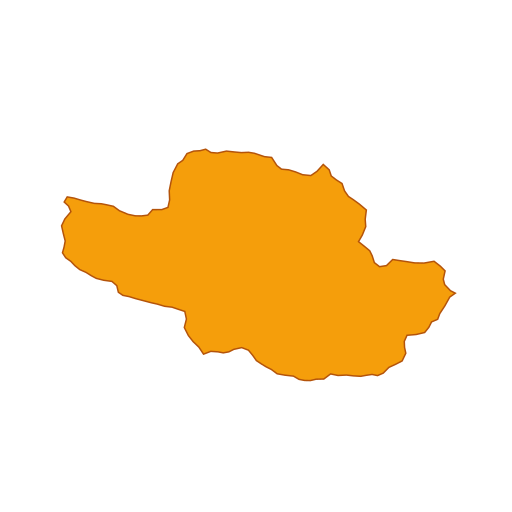 outline of Alagoa, Minas Gerais, Brazil, rotated 24°
{"feature_id": "56859067B6627206696015", "entity_name": "Alagoa", "entity_type": "district", "adm_level": 2, "iso_a3": "BRA", "parent_name": "Brazil", "parent_adm1": "Minas Gerais", "projection": "mercator", "projection_center": [-44.664, -22.183], "detail": "fine", "context": "isolated", "style": "filled", "palette": "amber", "viewbox_px": 512, "rotation_deg": 24, "n_neighbors": 0, "source": "geoboundaries", "source_scale": "gbopen_adm2", "svg_char_len": 2011}
<svg xmlns="http://www.w3.org/2000/svg" viewBox="0 0 512 512"><g transform="rotate(24 256 256)"><path d="M230.2,159.6L223.3,161.8L212.8,162.8L207.0,164.3L200.6,167.5L194.1,169.7L186.3,172.2L179.0,177.6L172.7,179.8L166.6,178.9L162.0,182.6L156.4,185.5L151.3,190.5L150.2,198.4L147.0,203.6L146.4,213.5L148.2,222.8L150.2,231.7L154.3,239.9L155.8,247.4L151.1,251.9L142.7,255.7L140.5,262.7L135.0,266.0L129.4,268.4L122.1,270.0L112.8,270.2L105.5,268.6L98.6,270.0L93.4,271.2L86.9,273.7L78.8,275.3L73.2,276.2L66.3,277.1L59.5,278.8L58.8,284.7L64.4,286.6L68.9,290.8L66.3,299.9L66.1,307.5L70.8,313.8L75.6,319.9L77.0,325.8L77.9,331.8L82.9,335.0L89.0,336.2L94.5,338.5L100.5,340.1L107.2,340.1L113.6,341.0L119.2,341.4L126.8,340.1L134.7,337.8L140.9,339.7L145.0,345.1L150.4,346.1L156.6,344.7L163.3,343.9L171.3,342.6L179.4,341.3L185.3,340.1L193.0,339.1L200.1,336.9L207.6,336.2L213.5,335.6L218.1,341.9L219.6,350.5L226.6,356.2L233.4,359.8L240.9,362.5L248.0,367.0L253.5,361.5L260.3,359.0L265.5,357.8L270.2,354.6L273.7,350.3L280.2,345.5L287.4,345.1L293.4,348.1L298.9,351.4L304.8,352.4L310.1,353.1L316.2,353.4L323.2,355.0L330.9,353.1L339.1,350.5L345.5,351.2L351.1,349.9L356.3,347.7L361.0,344.1L368.0,340.8L372.1,333.4L379.5,331.8L387.0,328.0L393.7,325.9L400.6,323.3L405.3,320.1L410.2,317.0L415.7,315.8L419.9,311.2L422.7,303.7L427.7,298.0L432.2,292.4L432.4,283.9L428.9,279.1L426.2,273.7L426.2,267.0L434.2,262.6L441.2,257.3L442.9,250.9L443.2,244.8L447.7,239.9L447.3,233.9L448.8,224.8L449.7,214.7L453.2,208.9L447.7,208.6L440.0,205.4L436.5,201.0L434.8,192.7L428.5,190.3L420.8,188.4L412.4,194.1L403.7,197.8L395.4,200.0L388.3,202.0L382.3,203.6L379.1,211.7L373.2,215.5L366.8,213.9L362.1,208.6L357.8,205.0L352.2,203.4L343.8,201.2L344.6,193.7L344.3,184.5L340.8,178.0L338.1,169.1L329.1,166.5L322.1,165.0L316.2,164.0L310.4,160.5L305.1,154.8L298.4,153.8L292.2,152.3L287.8,147.5L280.2,145.0L277.3,153.8L273.4,160.2L265.5,162.8L257.9,163.1L250.7,164.0L244.0,166.3L238.3,164.9L230.2,159.6Z" fill="#f59e0b" stroke="#b45309" stroke-width="1.5"/></g></svg>